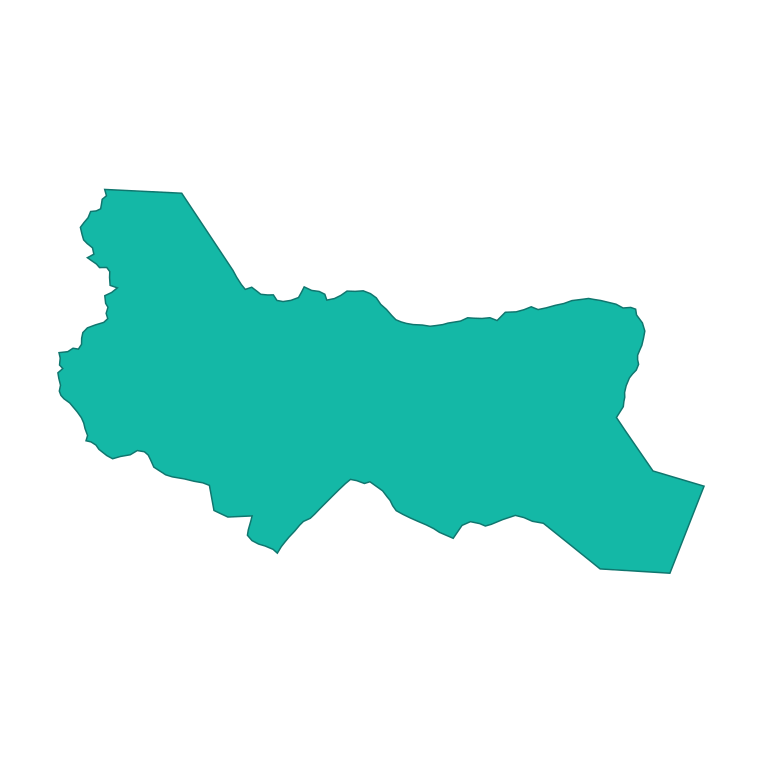 Missão Velha, Ceará, Brazil, rotated 274°
{"feature_id": "56859067B60550898814299", "entity_name": "Missão Velha", "entity_type": "district", "adm_level": 2, "iso_a3": "BRA", "parent_name": "Brazil", "parent_adm1": "Ceará", "projection": "natural_earth1", "projection_center": [-39.144, -7.317], "detail": "fine", "context": "isolated", "style": "filled", "palette": "teal", "viewbox_px": 768, "rotation_deg": 274, "n_neighbors": 0, "source": "geoboundaries", "source_scale": "gbopen_adm2", "svg_char_len": 2680}
<svg xmlns="http://www.w3.org/2000/svg" viewBox="0 0 768 768"><g transform="rotate(274 384 384)"><path d="M475.3,297.6L470.1,295.4L464.3,292.7L460.9,285.2L459.2,277.5L459.9,271.4L465.2,267.4L464.7,261.7L464.9,254.8L467.8,250.6L471.3,245.3L468.7,239.0L473.2,234.8L480.3,229.5L486.8,225.4L560.2,168.9L558.6,91.8L552.4,94.0L548.6,90.0L543.6,89.6L539.0,89.1L536.6,84.9L535.6,79.3L529.2,77.2L524.2,73.5L519.1,70.2L512.0,72.4L506.8,74.3L503.4,78.1L499.5,83.7L493.3,85.5L489.3,79.3L486.2,84.4L483.6,88.8L480.3,92.1L480.9,99.3L477.0,102.6L471.1,102.8L463.3,103.9L461.3,111.3L456.3,105.9L452.6,99.3L445.0,100.7L441.3,103.3L435.1,101.9L429.9,103.9L425.9,100.1L422.8,91.9L419.3,84.2L414.3,80.0L408.6,79.2L402.5,79.5L397.5,76.7L398.0,71.3L394.2,66.3L392.6,57.6L387.2,59.2L380.3,59.0L377.0,62.5L372.4,57.9L367.0,59.2L360.2,61.4L354.3,60.6L350.1,62.5L346.9,65.8L343.2,71.8L334.7,80.0L329.2,84.5L324.1,87.2L318.6,88.9L311.9,91.9L306.6,90.7L305.8,95.7L303.0,100.9L298.9,104.2L293.3,112.4L290.5,118.5L293.3,126.1L295.7,135.8L300.4,142.5L299.7,149.7L296.6,153.8L292.3,156.3L285.0,160.2L278.2,172.5L276.6,179.3L275.4,191.5L273.7,201.5L272.8,210.1L270.7,216.9L246.0,223.2L243.7,229.0L240.4,237.5L243.2,261.6L238.5,260.8L233.7,259.8L229.0,258.8L223.6,258.3L218.6,263.2L215.6,270.0L214.1,276.7L211.3,284.9L207.8,289.4L214.6,292.9L219.3,296.1L224.5,299.8L231.2,305.3L237.3,309.7L241.3,313.2L244.9,319.8L249.3,323.9L255.2,328.8L268.0,339.9L275.5,346.5L282.0,352.5L286.5,357.2L285.7,363.5L283.4,371.4L285.5,376.8L277.3,390.1L271.8,394.9L268.3,398.2L263.1,401.2L258.5,405.0L255.3,411.9L252.2,419.6L249.4,427.3L246.4,436.0L243.2,443.7L239.9,449.6L234.9,463.8L248.4,471.7L252.7,479.8L251.4,489.3L249.4,495.0L251.5,500.8L257.0,511.8L262.1,524.2L260.5,533.0L257.4,541.6L256.2,552.7L236.1,581.7L214.6,612.5L215.2,682.4L296.8,708.0L304.4,710.4L316.0,658.4L354.3,627.9L366.8,618.2L378.1,624.3L383.1,624.5L387.6,625.1L392.3,624.6L399.2,625.7L407.2,628.4L411.2,631.1L415.5,634.7L421.4,636.6L425.9,635.3L430.4,635.0L436.1,636.9L440.5,638.5L447.9,639.7L455.0,640.5L463.0,637.5L470.5,631.1L476.2,629.8L477.6,624.8L476.5,617.2L479.8,609.9L482.4,594.4L483.0,587.5L483.6,582.1L482.4,576.3L480.3,565.6L476.8,557.7L474.4,549.3L471.3,540.6L469.0,532.5L471.3,525.5L467.9,518.5L465.2,510.8L464.0,500.0L455.2,492.4L457.5,485.0L456.2,477.2L455.9,469.1L455.9,462.8L452.1,455.9L449.2,443.5L447.4,438.6L446.0,432.2L444.8,425.9L445.5,418.0L445.3,409.0L446.0,402.1L447.1,396.9L448.9,391.4L452.8,387.0L458.6,381.2L463.2,375.2L469.4,370.3L473.2,364.2L475.5,356.8L474.4,348.8L474.1,340.6L469.4,334.8L465.8,328.6L463.7,321.1L469.4,318.7L471.8,312.9L472.3,305.3L475.3,297.6Z" fill="#14b8a6" stroke="#0f766e" stroke-width="1.5"/></g></svg>